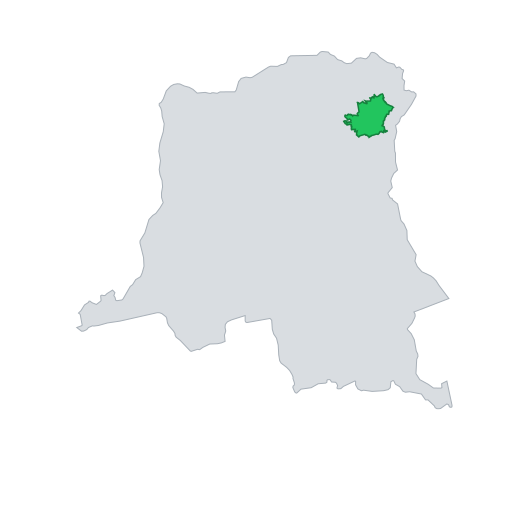 Mambasa, Orientale, Democratic Republic of the Congo shown in context, rotated 348°
{"feature_id": "63176286B5401694360976", "entity_name": "Mambasa", "entity_type": "district", "adm_level": 2, "iso_a3": "COD", "parent_name": "Democratic Republic of the Congo", "parent_adm1": "Orientale", "projection": "mercator", "projection_center": [28.693, 1.532], "detail": "fine", "context": "in_parent", "style": "filled", "palette": "green", "viewbox_px": 512, "rotation_deg": 348, "n_neighbors": 0, "source": "geoboundaries", "source_scale": "gbopen_adm2", "svg_char_len": 9112}
<svg xmlns="http://www.w3.org/2000/svg" viewBox="0 0 512 512"><g transform="rotate(348 256 256)"><path d="M435.8,337.7L398.8,343.6L399.5,345.7L399.2,347.9L398.2,349.6L394.5,354.3L388.9,358.5L388.9,359.5L391.7,364.3L393.4,370.8L393.0,382.3L393.8,385.4L393.6,387.8L391.7,390.5L388.0,404.3L390.5,411.0L397.8,417.3L402.1,422.0L409.4,423.7L410.5,423.4L411.0,419.5L416.7,418.0L416.7,442.9L416.3,444.3L415.3,444.6L413.8,443.8L413.4,441.4L411.9,440.4L404.9,443.5L403.1,443.4L401.1,442.9L399.7,441.6L399.3,439.7L394.3,432.5L391.9,432.0L389.1,425.4L378.0,420.7L373.8,420.3L371.6,418.8L369.4,413.7L365.7,410.4L364.8,406.8L364.1,406.3L361.8,407.0L359.9,412.8L357.4,414.2L352.9,414.3L341.5,412.6L333.3,409.6L331.2,409.8L328.0,407.2L326.6,402.7L327.4,399.3L326.8,398.8L314.4,401.7L311.4,403.4L308.6,403.0L307.7,402.0L308.9,399.7L308.3,397.1L307.4,396.0L303.8,395.0L302.6,392.3L300.4,391.9L299.6,392.3L299.1,394.2L297.7,394.8L290.3,393.9L282.6,396.3L272.3,395.6L267.4,398.5L266.7,398.4L265.6,397.0L264.7,392.3L265.2,391.0L266.7,390.1L267.2,388.2L266.7,383.4L267.1,382.2L266.6,379.4L265.1,375.0L262.9,371.4L258.3,366.0L257.4,363.4L257.7,357.4L259.2,347.8L259.0,340.7L257.1,336.0L256.7,331.1L258.0,322.1L256.8,320.0L233.3,319.2L232.3,318.6L231.9,317.3L233.0,312.0L218.7,313.4L214.4,314.4L211.8,316.5L210.9,319.3L210.8,323.1L208.7,326.8L208.0,333.1L204.1,333.8L200.1,333.8L192.5,332.5L185.1,334.3L181.4,335.9L179.5,335.1L172.9,335.8L172.0,335.3L164.4,322.9L161.0,318.8L160.4,316.8L160.6,314.9L159.7,312.3L156.2,306.0L155.5,303.0L155.7,298.4L155.3,296.8L152.1,292.9L150.0,291.5L147.6,290.9L109.4,291.4L96.7,290.6L87.5,291.2L82.8,290.8L81.5,290.3L77.3,291.1L75.1,292.8L71.8,293.6L69.7,293.3L65.8,288.7L71.2,287.9L71.6,287.4L71.9,276.5L70.5,274.9L73.4,273.1L78.1,268.2L82.6,266.5L83.2,265.5L84.2,265.6L85.9,267.6L89.8,270.2L94.6,267.9L95.2,267.3L95.8,262.6L97.0,262.2L99.1,263.2L100.3,263.2L102.4,261.8L108.6,259.5L110.4,262.5L108.7,265.2L109.5,267.1L109.6,270.1L110.6,270.8L115.6,271.1L117.0,270.4L126.7,259.6L129.3,258.4L133.4,254.1L138.8,252.2L141.2,248.8L144.3,242.8L145.7,234.1L145.2,219.1L145.7,217.1L152.1,210.3L158.9,198.0L163.5,194.8L166.9,193.5L172.1,189.0L176.3,184.5L175.8,179.1L176.7,174.6L179.0,168.9L179.8,162.8L179.0,156.5L179.3,151.3L182.4,142.9L182.7,133.4L185.5,125.4L191.1,115.2L193.7,107.6L193.2,100.1L193.9,94.6L193.6,91.3L192.6,88.5L193.1,86.7L195.2,86.0L197.9,83.2L202.6,75.8L207.7,72.2L211.2,71.1L214.9,71.2L217.3,71.9L221.2,74.8L225.7,77.1L229.0,79.9L232.3,84.4L240.3,85.4L243.7,87.0L245.7,87.6L246.5,87.2L248.1,87.4L251.9,88.8L254.9,88.0L269.5,91.0L271.2,89.5L275.3,81.8L278.4,79.2L283.4,78.9L287.3,80.4L289.4,80.4L307.4,73.8L309.8,73.4L316.3,75.0L320.6,74.0L322.3,74.3L326.0,73.2L329.0,68.5L331.5,67.4L357.4,72.4L361.3,69.9L363.2,69.7L369.0,71.5L370.7,74.3L374.2,76.7L376.6,80.8L380.5,83.0L382.4,85.2L384.7,86.7L389.4,87.2L395.4,83.6L399.6,83.9L403.9,85.9L405.3,85.8L408.5,83.7L410.2,81.4L411.9,80.9L414.3,81.9L416.4,84.0L418.2,87.1L424.7,94.0L430.9,97.0L432.5,101.2L434.8,100.8L435.9,101.2L437.5,103.9L438.7,104.4L438.9,105.5L437.3,108.0L435.8,112.8L437.8,115.8L436.2,120.1L435.3,124.5L437.4,125.6L440.0,125.6L442.4,127.9L444.3,128.2L446.2,130.7L445.8,132.8L439.6,140.0L430.3,148.8L427.2,149.9L425.6,151.6L424.4,154.1L421.7,156.3L419.7,157.2L419.5,163.6L416.4,170.3L415.2,171.6L413.5,182.4L413.8,184.3L412.0,193.1L412.3,201.3L407.9,203.9L404.8,207.9L403.4,210.7L403.5,217.4L398.4,221.5L398.0,222.4L399.3,227.1L401.1,227.9L401.2,229.5L405.3,234.5L405.1,250.2L405.3,251.7L407.4,255.4L408.9,262.5L407.3,271.5L412.9,288.0L410.4,294.1L411.6,299.9L415.0,305.9L422.9,311.9L425.0,314.4L427.0,317.7L428.9,322.9L435.8,337.7Z" fill="#d9dde1" stroke="#a8b0b8" stroke-width="1"/><path d="M381.2,160.9L381.4,160.9L381.7,160.8L381.8,160.6L382.1,160.3L382.3,160.1L382.8,160.1L384.0,159.9L385.8,159.8L387.6,159.6L387.9,159.9L388.0,159.9L388.4,160.0L388.4,160.4L388.7,160.3L389.1,160.5L389.3,160.9L389.5,160.9L389.7,161.0L389.8,161.0L390.0,161.5L390.4,161.7L390.4,161.8L390.5,161.9L390.6,162.0L391.0,162.3L390.9,162.4L390.8,162.7L391.0,162.9L391.3,162.7L391.9,162.7L391.9,162.9L392.0,163.0L391.9,163.2L392.4,163.0L392.7,162.8L392.9,162.8L393.2,162.7L393.5,162.7L393.8,162.4L393.9,162.1L394.0,162.1L394.3,162.2L394.6,162.2L396.9,162.1L398.9,161.8L399.5,162.0L400.3,162.3L400.7,162.4L400.9,162.3L401.2,161.9L401.8,161.8L402.2,161.3L402.3,161.0L402.8,160.8L402.9,160.5L403.0,160.6L403.4,160.4L404.1,160.1L404.1,160.3L404.3,160.5L404.5,160.5L404.9,160.8L405.2,161.1L405.3,161.3L405.9,161.2L406.1,161.5L406.5,161.9L406.7,161.7L406.4,161.2L406.7,160.7L406.7,160.4L407.0,160.0L407.3,159.9L407.3,160.1L407.6,160.5L407.4,160.7L407.4,161.0L408.0,161.3L408.4,161.7L408.7,161.5L409.5,161.4L410.0,161.3L410.3,161.1L410.2,160.6L409.5,160.6L409.0,160.3L408.7,160.2L408.6,159.9L408.4,159.7L408.1,159.7L407.8,159.4L408.0,159.1L408.2,158.7L408.1,158.3L408.2,157.9L408.2,157.2L408.4,157.0L408.5,157.1L408.4,156.8L408.2,156.7L408.2,156.2L407.9,155.9L407.6,155.5L407.2,155.4L407.1,155.0L406.8,154.8L406.8,154.5L406.6,154.5L407.0,154.0L407.1,153.8L407.6,153.9L407.8,153.7L407.9,153.4L408.0,153.3L408.0,152.9L408.3,152.7L408.3,152.4L408.4,152.1L408.3,151.5L408.3,151.4L408.6,151.2L408.8,150.9L408.8,150.7L409.1,150.3L408.9,150.2L409.1,150.0L409.3,149.9L409.5,150.0L409.6,149.9L409.5,149.6L409.8,149.9L410.0,149.8L410.3,149.4L410.3,149.1L410.4,148.3L410.4,148.0L411.1,147.7L411.4,147.3L411.4,147.1L411.4,146.9L411.4,146.7L411.7,146.4L412.0,146.3L412.5,146.3L412.6,145.5L413.1,144.8L413.5,144.5L413.9,144.5L414.1,144.8L414.3,145.0L414.7,145.0L415.3,144.9L415.7,143.6L415.9,143.4L415.9,143.0L416.2,142.5L416.2,142.3L416.4,142.4L416.6,142.1L417.2,141.8L418.6,142.1L418.8,142.0L419.4,140.6L419.8,140.5L420.5,139.6L420.7,139.2L420.8,139.2L420.7,139.1L420.8,138.5L420.6,138.4L420.5,138.2L419.7,137.6L418.5,136.9L417.6,136.2L415.4,134.4L415.3,134.1L415.0,133.7L415.1,133.1L414.9,133.0L414.6,132.1L414.4,132.0L414.2,132.1L414.2,131.9L414.1,131.6L413.8,131.4L413.8,131.1L413.3,130.5L413.3,129.9L413.1,129.9L413.0,129.6L413.0,129.4L412.9,128.1L413.0,128.0L413.7,128.2L414.1,127.9L414.0,127.6L413.7,127.4L413.6,127.2L413.8,127.0L413.6,126.2L413.8,125.8L413.8,125.1L413.5,124.2L413.4,123.8L413.1,123.8L412.8,123.9L412.6,123.9L412.3,123.8L411.8,123.8L411.4,124.0L411.0,124.1L410.4,124.3L410.4,124.5L409.9,124.6L409.7,124.9L409.2,124.9L409.1,125.1L408.6,125.2L408.2,125.3L407.4,125.4L407.2,125.3L406.9,125.2L406.5,124.8L406.3,124.8L406.2,124.3L405.5,123.2L405.4,122.8L405.0,122.9L404.9,123.1L404.9,124.5L404.8,124.8L404.6,124.9L404.3,125.6L403.8,124.8L403.4,124.5L403.2,124.6L402.7,124.6L402.6,124.8L402.7,125.1L402.3,124.9L401.6,125.2L401.7,125.6L401.5,125.8L401.2,125.3L400.9,125.4L400.8,125.5L400.6,125.5L400.5,125.2L400.2,125.1L400.2,125.3L400.4,125.7L400.6,125.9L400.6,126.2L400.8,126.4L400.8,126.5L400.8,126.8L400.6,127.2L400.4,127.8L400.2,128.2L398.0,127.8L396.8,127.5L396.5,127.6L396.3,127.6L396.1,127.5L395.9,127.6L395.8,127.4L395.0,126.9L395.1,127.2L395.3,127.5L395.6,127.8L395.7,128.0L395.9,128.0L395.9,128.3L396.0,128.4L396.2,129.0L396.4,129.1L396.4,129.3L396.3,129.5L396.3,129.8L396.1,130.0L395.9,129.7L395.6,129.5L395.2,129.6L395.1,129.4L394.8,129.3L394.8,129.2L394.5,129.0L394.3,129.0L393.8,128.8L393.6,128.8L393.4,128.4L393.1,128.3L392.9,127.7L392.7,127.4L392.6,127.1L389.1,128.6L388.8,128.6L388.4,127.7L387.8,127.2L387.3,126.9L387.1,126.9L387.2,127.4L386.8,136.2L386.6,136.6L385.9,136.8L384.7,137.7L384.6,137.9L384.7,138.1L384.7,138.9L384.9,139.4L385.2,139.8L385.0,140.0L384.5,139.8L381.3,138.7L380.5,138.5L380.1,138.5L379.7,138.7L379.7,139.0L379.8,139.1L379.7,139.2L379.3,138.4L378.9,137.8L378.6,138.1L378.4,138.1L378.2,137.8L377.8,137.1L376.5,137.1L376.2,136.6L375.9,136.5L375.7,136.5L375.2,136.7L374.8,137.3L374.5,137.5L373.4,137.2L373.0,137.0L372.6,136.7L372.2,137.1L372.0,137.6L372.0,138.2L372.1,138.5L372.8,139.5L373.7,140.5L373.6,142.0L374.2,141.8L374.8,141.7L374.9,141.8L375.0,141.7L375.7,141.5L376.0,141.4L377.0,142.7L377.1,143.1L377.0,143.5L376.7,143.9L376.4,144.0L375.9,144.2L375.9,144.3L376.2,144.4L376.4,144.8L375.9,144.6L374.7,144.5L374.4,144.3L374.2,144.1L373.9,144.1L373.6,144.1L373.3,144.6L373.0,144.6L372.6,144.4L372.5,144.1L372.6,143.4L372.4,142.9L371.9,142.5L371.4,142.3L371.1,142.3L371.0,142.2L370.7,142.3L370.4,142.4L369.8,142.5L369.9,142.9L370.1,143.4L370.5,143.8L370.6,144.7L370.7,144.9L370.8,145.1L371.2,145.3L371.6,145.8L372.0,146.1L372.3,146.4L372.3,146.8L372.9,146.8L373.1,146.4L373.3,146.5L373.6,146.8L373.8,146.8L373.9,146.7L374.2,146.7L374.4,146.6L374.9,146.6L375.1,146.9L375.4,147.0L375.7,147.2L375.9,147.2L376.0,147.4L376.2,147.5L376.4,147.4L376.5,147.6L376.2,148.5L376.6,149.0L376.0,149.4L376.0,149.7L376.3,150.6L375.7,151.2L375.7,152.2L375.8,152.3L375.9,152.1L376.0,152.1L376.3,152.3L376.5,152.3L376.9,152.4L377.4,152.3L377.6,152.6L377.9,152.8L378.1,152.8L378.1,152.7L378.4,152.6L378.8,152.6L379.0,152.7L379.5,152.8L379.3,153.5L378.4,154.7L378.6,155.0L378.7,154.9L379.0,155.1L379.3,155.0L379.5,155.2L379.8,155.2L380.4,154.8L380.5,154.8L380.6,155.0L380.9,154.9L380.0,156.7L379.6,157.8L379.6,158.3L379.8,158.4L379.6,158.6L381.1,160.6L381.2,160.9Z" fill="#22c55e" stroke="#15803d" stroke-width="1.5"/></g></svg>